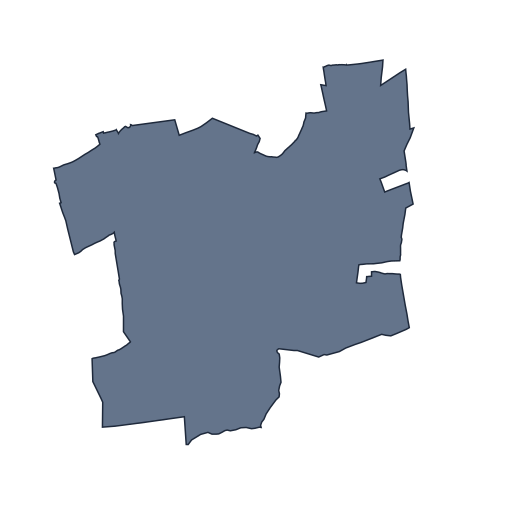 Plesoi, Dolj, Romania, rotated 346°
{"feature_id": "2599482B69646126792007", "entity_name": "Plesoi", "entity_type": "district", "adm_level": 2, "iso_a3": "ROU", "parent_name": "Romania", "parent_adm1": "Dolj", "projection": "orthographic", "projection_center": [23.536, 44.344], "detail": "fine", "context": "isolated", "style": "filled", "palette": "slate", "viewbox_px": 512, "rotation_deg": 346, "n_neighbors": 0, "source": "geoboundaries", "source_scale": "gbopen_adm2", "svg_char_len": 6031}
<svg xmlns="http://www.w3.org/2000/svg" viewBox="0 0 512 512"><g transform="rotate(346 256 256)"><path d="M387.4,362.6L387.8,355.8L388.4,348.9L388.9,339.6L390.4,319.1L391.1,311.9L391.6,308.8L390.7,308.2L389.3,307.9L386.8,307.1L384.1,306.1L382.9,305.8L380.9,305.3L379.2,304.8L378.4,304.7L377.4,304.7L376.9,304.6L376.1,304.3L373.4,302.8L372.3,302.0L370.6,301.1L369.0,300.4L368.0,299.9L366.8,299.6L365.8,299.5L364.3,299.3L363.2,303.6L360.5,303.1L358.7,302.9L358.4,302.8L357.8,304.6L357.1,306.3L356.3,308.3L352.7,308.2L350.3,307.7L348.3,306.9L347.0,306.3L351.0,296.4L353.6,289.5L355.3,289.5L357.5,289.9L361.5,290.4L368.3,292.0L370.8,292.3L373.1,292.6L376.0,293.0L377.7,293.1L380.0,293.1L382.3,293.2L386.2,293.6L390.3,294.5L394.4,295.4L394.6,295.0L395.0,294.2L395.5,292.2L395.8,291.3L396.4,290.3L396.6,289.9L396.8,288.8L397.5,286.1L398.2,283.2L398.6,281.4L399.0,280.2L399.5,279.4L400.3,278.2L400.7,277.2L401.2,276.1L401.6,275.1L401.6,274.0L401.4,273.1L402.1,271.1L405.1,264.3L406.7,260.0L410.5,251.8L412.9,245.7L421.0,243.6L421.5,230.5L422.0,224.9L422.3,221.7L421.3,222.0L418.5,222.3L412.9,223.0L406.2,223.8L398.1,224.8L396.4,225.1L396.3,224.6L396.1,222.5L395.7,218.4L395.3,214.4L394.9,211.7L394.8,211.1L399.5,210.6L400.8,210.4L404.0,209.7L414.4,207.8L415.7,207.5L417.9,207.5L419.4,207.7L420.6,208.2L422.3,209.3L423.0,210.1L423.6,204.1L423.8,203.6L424.1,201.1L424.5,196.5L425.1,189.9L429.5,184.1L434.2,178.6L437.8,173.3L440.1,169.9L436.1,170.1L437.1,164.5L438.7,153.5L440.9,143.1L441.8,137.3L442.9,131.5L444.0,126.3L444.8,121.2L445.4,117.9L445.9,114.1L446.4,111.0L440.3,112.9L418.2,120.7L420.7,113.1L424.5,103.2L426.6,96.6L426.3,96.6L405.3,94.8L401.1,94.3L392.7,93.1L390.2,92.7L390.0,92.2L389.9,92.3L389.6,92.3L389.1,92.3L388.6,92.1L388.2,91.9L385.5,91.1L384.4,90.9L383.8,90.7L382.9,90.5L382.3,90.4L381.9,90.5L381.4,90.4L380.5,90.0L379.4,89.8L377.8,89.6L376.4,89.3L374.9,89.4L373.9,88.9L372.9,88.4L371.8,88.4L370.8,88.5L369.8,88.7L369.3,88.9L368.3,88.9L367.8,89.1L367.4,89.1L366.9,89.0L366.9,89.3L366.7,90.6L366.5,93.5L366.2,96.3L365.7,102.0L365.5,104.8L365.2,107.6L364.8,107.4L363.2,106.8L361.3,105.9L360.3,105.5L360.3,107.4L360.2,110.7L360.1,114.5L360.0,117.0L359.9,120.9L359.8,126.2L359.7,129.9L359.6,132.3L359.4,132.3L357.5,132.1L355.5,131.9L354.0,131.8L352.5,131.9L351.4,132.0L350.3,131.7L349.1,131.5L348.4,131.5L347.0,131.4L346.1,131.1L345.3,130.8L343.4,130.1L342.5,130.0L341.6,129.9L340.7,129.9L339.9,129.7L339.0,129.5L339.0,130.1L338.6,130.8L337.5,134.1L336.5,135.5L334.9,137.6L334.3,139.0L333.1,141.2L331.9,142.7L330.4,144.7L329.5,145.8L327.7,148.1L327.2,148.7L326.8,149.1L326.2,150.0L325.8,150.6L324.9,151.6L324.4,152.1L324.0,152.3L323.8,152.5L323.3,153.0L322.8,153.2L322.4,153.4L322.1,153.4L321.1,154.4L320.3,154.8L318.1,156.2L317.1,156.8L315.7,157.5L314.1,158.4L312.8,159.0L311.2,159.9L309.8,160.6L309.1,161.1L308.4,161.7L307.5,162.4L306.5,163.2L305.6,163.7L304.5,164.2L303.2,164.7L302.0,165.1L301.2,165.3L300.2,165.3L299.5,165.2L299.0,164.9L296.3,164.0L295.0,163.4L294.1,163.3L291.6,162.4L289.9,161.5L287.3,159.4L286.0,158.4L284.6,157.3L283.7,156.4L283.1,155.7L282.7,155.4L281.8,155.2L280.9,155.2L280.1,155.3L279.5,155.4L279.7,154.9L280.2,154.5L281.8,152.4L283.0,150.7L284.3,148.6L285.5,147.2L286.3,146.4L286.8,145.8L287.6,144.4L288.0,143.6L288.4,143.0L288.4,142.9L287.1,139.2L285.5,139.7L282.7,137.3L279.7,135.6L247.0,111.8L240.1,114.8L233.7,117.2L230.1,118.0L227.8,118.3L225.8,118.6L217.9,119.4L210.7,120.3L210.1,104.2L167.6,99.5L166.5,98.4L166.1,98.2L166.0,99.2L164.9,100.3L163.7,100.7L162.5,100.4L160.8,98.7L159.9,98.8L158.4,99.7L156.7,100.5L154.7,101.7L153.4,102.7L152.2,103.8L152.2,103.6L151.0,99.7L150.9,99.8L150.0,99.9L147.3,100.1L143.7,100.1L141.8,100.0L140.9,100.0L139.5,100.0L138.5,99.9L137.8,99.9L137.8,98.4L134.0,98.9L133.3,98.9L129.9,99.6L130.1,101.0L130.3,101.6L130.7,101.7L131.0,101.9L131.2,102.5L131.3,103.6L131.4,106.0L131.4,107.9L131.5,108.1L131.6,109.8L128.5,111.3L125.9,112.4L122.6,113.4L118.1,115.0L114.5,116.0L111.4,117.1L107.4,118.5L103.6,119.6L100.8,120.3L98.7,120.6L95.5,120.9L92.8,121.0L91.3,121.1L89.1,121.6L87.2,122.0L85.6,122.2L84.4,122.2L82.9,122.0L81.5,122.0L80.9,121.9L80.9,122.3L80.4,133.9L79.5,134.2L78.7,134.8L78.4,135.6L78.3,136.1L78.7,136.7L79.4,137.0L79.6,138.0L79.9,141.8L80.0,147.8L79.6,152.5L79.8,157.1L79.3,157.2L78.2,157.3L78.3,158.0L78.7,164.0L79.0,167.6L79.6,172.1L80.0,175.8L79.8,184.0L79.8,192.1L79.8,207.7L80.3,210.7L84.7,210.0L87.1,209.1L89.3,207.8L92.7,206.7L95.8,206.1L99.6,205.4L102.3,204.7L105.5,204.1L108.4,203.7L110.2,203.2L112.6,202.6L115.0,201.6L117.3,200.8L118.8,200.1L120.0,200.1L122.7,199.5L124.2,198.6L124.0,201.8L124.0,205.1L124.0,207.6L122.9,207.7L122.3,207.8L121.8,208.1L121.5,208.5L121.4,209.0L121.3,209.9L121.3,210.1L121.0,210.7L120.8,214.8L120.7,216.7L120.0,219.6L119.4,227.1L118.5,238.3L117.9,245.4L117.0,246.4L117.0,247.7L116.7,250.0L116.9,253.6L116.8,255.8L116.4,257.6L116.2,258.6L116.0,259.6L116.1,262.5L115.9,265.2L114.7,269.9L113.6,275.4L112.9,282.3L109.1,297.4L113.4,308.9L113.1,309.2L111.1,310.0L108.8,311.2L107.0,311.7L106.3,312.0L102.4,313.4L100.5,313.9L99.4,313.9L98.9,314.0L95.8,315.2L94.6,315.3L93.3,315.1L92.4,315.1L90.5,315.3L87.8,315.8L85.1,316.1L82.2,316.1L79.5,316.1L76.9,316.0L75.6,316.0L74.2,315.8L72.9,315.8L72.1,316.0L67.3,338.4L71.1,356.4L71.9,360.8L65.6,384.9L78.0,387.0L108.3,390.5L134.2,393.2L147.6,394.6L142.7,422.0L144.6,422.5L149.0,418.9L159.1,415.7L166.7,415.5L170.2,418.2L174.2,419.2L176.8,419.6L180.4,418.8L183.6,417.9L185.9,417.9L188.8,419.4L194.4,419.7L199.7,419.0L205.0,420.0L209.9,422.5L213.3,422.9L217.9,422.9L219.5,423.6L219.5,421.4L221.4,418.5L224.2,416.3L227.6,411.7L233.3,406.4L240.5,400.5L244.3,398.3L245.4,395.4L245.5,392.0L247.5,387.7L249.7,384.6L250.6,378.7L251.6,369.4L253.2,364.7L254.4,360.6L254.8,356.8L253.5,355.0L253.2,353.5L253.4,352.6L255.0,351.7L255.7,351.5L270.0,356.9L273.3,357.7L292.4,369.2L298.2,368.1L300.8,369.2L313.8,368.9L320.8,367.0L330.8,365.8L337.0,365.3L359.0,362.4L362.7,364.3L367.5,366.1L373.8,365.2L384.1,363.5L387.4,362.6Z" fill="#64748b" stroke="#1e293b" stroke-width="1.5"/></g></svg>